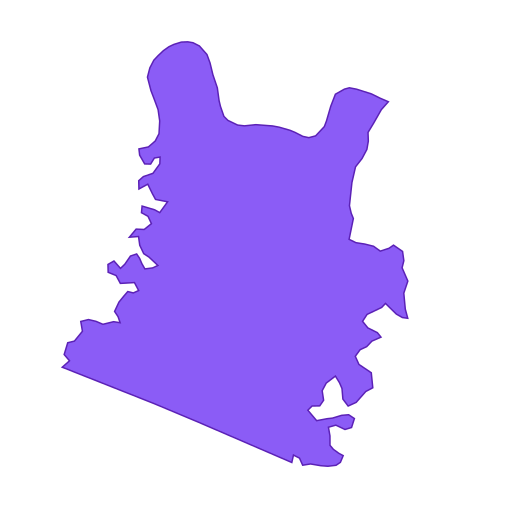 Boa Vista da Aparecida, Paraná, Brazil (Natural Earth projection), rotated 194°
{"feature_id": "56859067B44765348514460", "entity_name": "Boa Vista da Aparecida", "entity_type": "district", "adm_level": 2, "iso_a3": "BRA", "parent_name": "Brazil", "parent_adm1": "Paraná", "projection": "natural_earth1", "projection_center": [-53.421, -25.443], "detail": "fine", "context": "isolated", "style": "filled", "palette": "violet", "viewbox_px": 512, "rotation_deg": 194, "n_neighbors": 0, "source": "geoboundaries", "source_scale": "gbopen_adm2", "svg_char_len": 2432}
<svg xmlns="http://www.w3.org/2000/svg" viewBox="0 0 512 512"><g transform="rotate(194 256 256)"><path d="M417.1,101.2L319.0,88.1L272.2,80.9L171.3,64.3L171.5,71.9L164.9,70.4L160.1,64.3L152.8,67.4L142.4,68.2L135.4,69.4L127.7,72.3L124.2,76.2L123.1,83.4L127.9,84.6L134.1,87.1L138.4,90.2L140.7,99.3L144.3,107.4L137.6,111.2L127.7,109.2L121.8,112.7L121.2,122.1L127.7,124.4L134.4,122.1L142.6,117.2L147.5,115.4L157.3,110.9L168.4,118.9L165.3,124.0L157.9,126.0L155.5,132.4L159.2,141.3L157.1,149.7L149.9,158.7L144.3,153.2L140.5,148.2L137.1,138.2L130.3,132.7L123.4,138.2L116.7,151.1L110.8,156.4L115.9,170.6L129.9,175.7L135.4,182.7L132.3,190.3L126.7,194.8L122.9,201.5L115.1,207.5L119.7,211.0L130.1,213.3L136.8,218.4L134.1,226.2L121.6,236.5L118.9,241.3L105.8,233.6L99.1,231.7L93.7,232.3L98.3,240.6L103.6,255.7L102.6,268.4L111.4,279.9L111.4,287.2L114.9,295.9L125.2,299.8L128.8,295.7L136.6,290.8L144.3,293.9L153.4,293.9L162.2,293.1L169.7,294.7L170.6,315.9L174.0,320.6L177.5,327.4L180.7,350.5L181.0,366.6L176.7,376.2L174.2,386.2L174.8,394.6L177.2,403.0L174.0,413.3L169.8,428.3L164.9,437.7L174.0,439.2L183.1,441.2L198.8,442.2L206.1,441.8L210.6,439.3L218.1,432.2L219.7,419.3L220.3,404.0L221.0,398.1L227.2,387.0L233.4,383.6L239.5,383.4L248.1,385.4L253.4,386.2L264.7,386.6L271.4,386.2L287.9,383.4L298.7,379.5L305.5,378.6L316.1,380.8L320.9,383.7L326.7,392.6L329.4,397.8L334.2,409.8L341.7,421.5L347.3,432.2L352.3,439.6L361.7,446.1L368.7,447.7L374.0,447.3L380.2,445.5L386.8,441.5L391.1,438.0L395.5,432.9L399.4,426.8L402.5,421.3L404.5,412.9L404.6,403.3L397.9,391.0L393.0,384.0L386.4,374.3L382.1,363.7L379.7,351.2L381.6,343.2L386.8,335.8L395.5,331.6L393.3,325.7L386.3,318.4L380.5,319.7L378.3,326.5L373.0,328.8L371.6,322.2L376.0,311.3L384.5,305.8L388.0,300.7L385.8,292.7L378.4,299.5L371.6,291.4L367.2,286.6L354.9,287.2L359.9,274.8L365.5,276.3L378.6,276.9L377.6,270.3L370.4,268.4L365.3,262.1L370.9,254.7L378.8,253.1L383.4,243.6L374.7,246.5L371.4,238.3L365.5,231.1L359.7,229.1L348.9,223.1L353.5,219.4L360.7,216.6L365.0,221.1L368.4,225.6L372.3,229.1L377.8,225.6L381.3,216.3L384.5,211.2L392.6,216.8L397.6,212.0L395.5,204.4L387.0,203.2L381.0,196.6L367.5,200.8L361.5,194.1L366.1,190.5L371.8,190.5L374.4,185.4L377.8,178.2L379.8,168.0L375.2,163.8L371.7,158.4L378.3,157.8L388.0,152.7L395.5,153.9L403.2,153.8L410.2,150.1L406.2,141.0L411.6,129.5L417.7,126.3L418.0,120.1L418.3,114.0L411.6,109.2L417.1,101.2Z" fill="#8b5cf6" stroke="#5b21b6" stroke-width="1.5"/></g></svg>